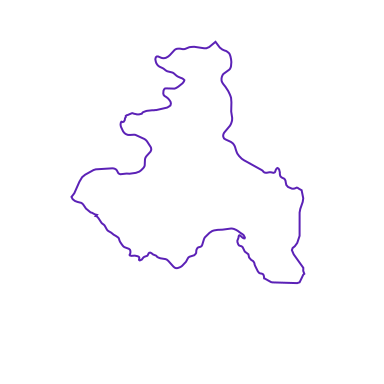 SVG path tracing the border of Hwanghae-bukto, rotated 328°
{"feature_id": "PRK-3303", "entity_name": "Hwanghae-bukto", "entity_type": "Province", "adm_level": 1, "iso_a3": "PRK", "parent_name": "North Korea", "parent_adm1": "", "projection": "equal_earth", "projection_center": [126.361, 38.471], "detail": "fine", "context": "isolated", "style": "outline", "palette": "violet", "viewbox_px": 384, "rotation_deg": 328, "n_neighbors": 0, "source": "natural_earth", "source_scale": "10m", "svg_char_len": 5184}
<svg xmlns="http://www.w3.org/2000/svg" viewBox="0 0 384 384"><g transform="rotate(328 192 192)"><path d="M285.9,248.6L283.0,256.3L280.6,259.1L274.9,263.7L272.4,266.4L260.0,286.2L254.2,291.0L250.4,292.5L247.7,292.8L245.9,294.2L245.2,298.8L246.2,315.3L244.5,317.9L243.9,320.9L242.5,321.1L239.4,323.1L235.4,325.6L232.9,325.0L212.5,311.4L211.3,310.3L207.8,303.9L207.4,303.5L208.2,301.9L208.5,301.1L208.7,300.0L208.5,299.0L207.6,297.9L206.7,297.2L206.0,296.0L205.8,294.1L206.4,288.0L206.7,286.5L207.1,285.7L207.3,284.6L207.2,283.0L206.2,280.9L205.7,277.8L206.8,274.7L205.2,270.5L205.7,265.6L205.2,264.2L204.4,263.4L203.5,262.1L203.5,260.7L204.0,258.5L204.7,257.3L206.6,255.9L207.4,255.2L208.1,254.3L208.8,253.8L209.4,253.9L209.8,254.5L210.6,257.3L211.0,258.2L211.5,258.9L212.0,259.2L212.6,258.8L212.8,257.7L212.9,255.8L212.4,254.4L211.4,252.3L210.3,249.4L209.3,247.5L208.0,245.6L207.1,244.7L206.3,244.0L205.4,243.5L197.9,240.1L193.7,237.7L190.4,236.3L188.5,235.8L185.2,235.9L178.9,237.3L178.1,237.7L177.2,238.3L172.7,242.2L171.8,242.8L170.9,243.0L169.9,242.9L168.1,242.3L167.2,242.3L166.3,242.7L165.4,243.2L164.6,244.0L163.2,245.9L161.9,246.5L160.3,246.8L155.7,245.6L154.4,245.6L153.4,246.0L149.9,248.0L144.5,249.4L143.2,249.5L141.8,249.4L139.5,248.9L138.2,248.2L137.4,247.3L137.0,246.3L136.7,245.4L135.4,237.9L134.8,236.0L134.0,234.9L130.0,231.4L128.9,230.0L128.1,228.7L128.0,227.7L127.7,226.8L125.9,224.4L125.2,222.4L124.5,221.3L123.6,220.9L122.8,221.0L122.0,221.5L121.2,222.0L120.4,222.4L117.2,221.7L116.0,221.8L113.6,222.7L111.5,222.4L111.1,221.7L111.4,221.0L112.1,220.4L112.4,219.9L112.6,219.2L112.3,218.3L111.5,217.3L109.7,215.6L106.7,214.0L105.7,212.9L105.7,212.3L106.9,211.5L107.6,210.8L108.2,209.9L108.6,209.0L108.8,208.2L108.6,207.4L108.4,206.8L105.8,203.4L105.4,202.8L105.1,202.1L104.9,201.3L104.7,199.4L104.6,196.4L104.7,195.3L104.9,194.3L105.2,193.3L105.4,192.3L105.2,191.3L104.1,188.8L102.9,186.6L102.4,185.0L101.8,183.4L100.7,181.4L100.1,180.1L99.9,178.9L100.1,174.9L100.1,173.8L99.8,172.8L99.0,170.8L98.9,169.8L98.8,164.6L98.4,162.2L97.6,161.4L99.2,161.0L97.8,159.5L96.1,156.5L95.2,155.6L93.3,149.9L93.1,145.0L92.8,143.6L92.3,142.5L89.6,139.7L88.0,137.6L87.4,136.0L87.0,134.8L87.2,132.3L91.5,130.7L102.0,123.6L106.7,121.2L110.6,120.7L120.1,121.2L122.4,121.8L137.0,129.7L137.8,130.3L138.6,131.1L139.2,132.0L139.6,133.0L139.7,133.9L139.5,137.0L139.9,138.0L140.7,139.0L146.3,141.7L148.7,143.4L154.5,146.0L158.2,146.8L160.4,146.6L163.4,145.9L164.6,145.4L165.7,144.7L166.4,143.8L169.0,140.0L169.7,139.1L170.9,138.1L172.5,137.4L178.1,135.8L178.9,135.3L179.8,134.6L180.3,133.7L180.7,132.7L180.8,131.8L180.7,125.5L180.6,124.5L180.4,123.6L180.1,122.7L179.7,121.8L174.5,113.9L174.0,113.3L173.2,112.7L169.7,110.8L167.9,109.6L167.2,108.7L166.6,107.8L166.2,106.9L165.9,105.9L165.8,105.0L165.7,104.0L166.2,100.0L166.3,99.1L166.7,97.9L167.3,96.7L168.6,95.3L169.4,95.0L170.3,96.0L171.5,96.2L173.2,95.3L174.2,94.0L175.5,93.4L176.1,92.4L177.3,92.3L178.1,92.6L182.6,93.3L183.3,93.6L184.3,94.9L185.9,96.4L186.4,97.0L188.2,98.1L190.9,99.0L192.0,98.5L192.9,98.4L195.9,99.0L196.8,99.3L201.4,101.5L202.4,102.1L203.2,102.6L204.0,102.9L205.2,103.6L215.5,107.2L217.1,107.3L219.5,107.2L220.4,106.4L221.1,105.6L221.4,104.7L221.6,104.1L221.6,103.4L221.6,102.7L221.5,101.4L221.2,99.7L220.5,97.8L219.6,96.0L219.4,94.7L219.8,93.3L221.5,91.0L222.7,90.2L223.8,89.9L224.8,90.3L232.0,95.1L233.8,95.4L236.3,95.4L241.6,94.8L243.7,94.0L244.8,93.1L244.6,92.1L244.3,91.3L243.8,90.3L242.7,88.9L241.4,87.0L240.8,85.9L240.4,84.9L239.5,81.9L239.1,80.9L238.4,80.0L235.0,76.5L234.4,75.5L234.0,74.5L233.3,72.5L232.8,71.5L230.8,68.4L230.4,67.4L230.1,66.4L230.0,65.3L230.0,63.9L230.4,62.2L231.3,59.9L232.7,58.6L233.9,58.4L235.0,59.0L237.2,62.1L238.0,62.9L239.0,63.6L240.1,64.1L241.2,64.4L243.6,64.5L245.7,64.2L252.6,62.3L253.8,62.3L254.9,62.5L256.0,63.0L257.7,64.0L259.9,66.0L260.9,66.6L261.9,67.0L266.5,67.8L268.6,68.8L270.8,70.0L278.3,76.4L280.3,77.7L283.4,78.2L291.5,77.1L292.1,84.2L293.2,87.2L294.6,89.3L295.5,90.3L295.7,90.6L296.3,91.9L296.6,92.8L296.9,93.7L297.0,94.7L296.8,96.0L296.4,97.6L295.4,100.3L294.2,102.7L291.8,105.9L291.0,106.7L290.1,107.3L289.2,107.8L288.3,108.0L281.4,108.5L280.6,108.7L279.7,109.2L278.8,109.8L277.9,110.6L277.1,111.5L276.5,112.5L276.0,113.4L275.7,115.0L275.7,116.9L276.1,120.5L276.2,125.5L275.8,129.3L275.4,131.4L275.0,132.9L272.9,136.9L267.9,144.5L265.3,150.5L264.0,152.4L263.1,153.3L261.3,154.8L259.4,155.9L250.8,158.7L249.9,159.2L249.1,159.8L248.3,160.7L247.8,161.7L247.6,163.2L247.5,163.5L248.3,165.2L251.5,170.1L252.0,171.3L252.5,172.7L252.6,175.0L252.4,176.4L252.1,177.6L251.8,178.6L251.3,180.6L250.9,182.6L250.8,183.5L251.0,186.4L251.8,190.1L252.9,192.6L262.6,210.1L263.2,211.4L263.3,212.7L263.8,213.9L264.9,214.9L265.8,215.4L266.9,215.8L268.2,216.3L269.5,217.2L271.2,218.9L272.4,219.2L273.1,219.0L274.7,217.7L275.4,217.3L276.2,217.0L277.1,216.9L277.7,217.8L277.8,219.1L276.9,221.9L276.0,223.3L275.5,224.6L275.3,225.7L275.7,227.1L276.1,227.8L277.2,229.5L277.4,230.5L277.3,231.8L276.5,233.8L275.7,236.0L276.1,238.6L278.6,242.2L279.5,242.8L280.8,243.4L283.2,243.8L283.8,244.5L284.2,245.4L284.6,246.3L285.9,248.6L285.9,248.6Z" fill="none" stroke="#5b21b6" stroke-width="2"/></g></svg>